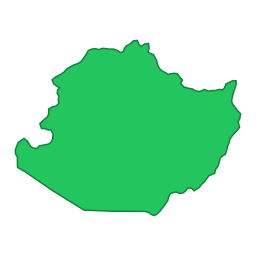 Miracema, Rio de Janeiro, Brazil (Robinson projection)
{"feature_id": "56859067B79621810451364", "entity_name": "Miracema", "entity_type": "district", "adm_level": 2, "iso_a3": "BRA", "parent_name": "Brazil", "parent_adm1": "Rio de Janeiro", "projection": "robinson", "projection_center": [-42.142, -21.39], "detail": "fine", "context": "isolated", "style": "filled", "palette": "green", "viewbox_px": 256, "rotation_deg": 0, "n_neighbors": 0, "source": "geoboundaries", "source_scale": "gbopen_adm2", "svg_char_len": 1907}
<svg xmlns="http://www.w3.org/2000/svg" viewBox="0 0 256 256"><path d="M52.1,79.9L54.0,84.3L59.5,87.8L57.6,90.0L57.2,93.3L59.0,96.3L58.2,99.2L58.8,103.5L55.8,106.2L52.8,106.6L48.7,109.0L48.7,113.5L47.7,116.6L44.5,119.2L39.9,123.7L41.5,128.5L44.8,128.6L48.1,130.0L51.0,130.0L53.1,133.8L52.6,138.7L51.0,142.3L48.6,144.1L39.2,145.9L37.2,148.2L33.7,148.2L30.8,146.6L27.5,141.3L24.0,138.4L18.2,142.5L16.5,146.7L15.4,149.8L15.4,153.6L17.4,157.2L17.4,164.4L17.7,167.6L24.9,171.6L52.4,190.5L57.1,193.4L84.0,210.1L89.1,210.3L113.6,211.3L144.6,211.4L148.2,212.2L151.4,214.5L154.0,215.6L156.6,214.4L159.8,211.4L163.6,206.4L165.8,203.4L167.8,200.4L168.7,196.9L170.3,193.7L173.6,192.4L176.2,192.1L179.7,193.4L183.2,192.9L185.7,190.8L187.8,188.0L191.6,188.2L194.1,190.8L196.4,189.3L199.3,187.5L201.4,184.5L204.3,181.9L206.6,178.8L208.9,175.7L212.0,174.4L214.6,173.4L215.6,169.4L218.1,166.1L219.4,161.4L220.2,158.1L222.6,155.9L225.3,154.3L226.6,150.5L227.6,146.1L229.1,142.5L229.9,139.2L231.4,136.9L233.6,134.1L236.8,130.9L239.6,127.2L238.1,122.0L239.8,118.6L240.6,113.8L237.4,110.5L235.0,107.1L232.9,104.6L231.5,101.2L232.5,96.3L233.6,92.0L235.0,88.0L236.2,84.5L236.0,80.7L232.8,80.7L229.6,82.2L225.9,84.0L224.6,87.7L222.3,90.0L219.4,89.4L215.4,90.5L211.3,90.5L208.3,91.2L204.5,89.4L199.9,91.5L195.5,90.9L192.3,88.9L188.1,88.2L183.5,86.8L180.6,83.3L182.5,80.1L179.8,77.3L177.4,73.7L174.4,73.3L171.5,73.7L168.0,74.3L165.5,72.7L162.5,71.2L159.4,68.6L157.6,64.8L156.6,60.4L155.1,57.8L153.4,54.5L150.4,53.5L148.1,52.2L149.1,48.3L148.5,43.4L144.5,44.0L141.2,46.6L138.7,43.9L137.3,40.4L133.5,40.8L129.8,44.1L126.4,45.8L124.5,48.2L123.5,51.4L120.8,52.7L117.7,50.6L113.6,49.1L109.2,49.1L105.8,48.6L102.7,48.3L98.9,49.6L94.9,48.6L91.9,49.1L88.4,50.4L86.0,54.7L83.4,58.6L81.3,61.2L78.6,63.2L75.8,64.3L73.3,65.2L70.4,66.9L66.8,68.9L64.2,71.9L60.9,74.3L55.9,76.8L52.1,79.9Z" fill="#22c55e" stroke="#15803d" stroke-width="1.5"/></svg>